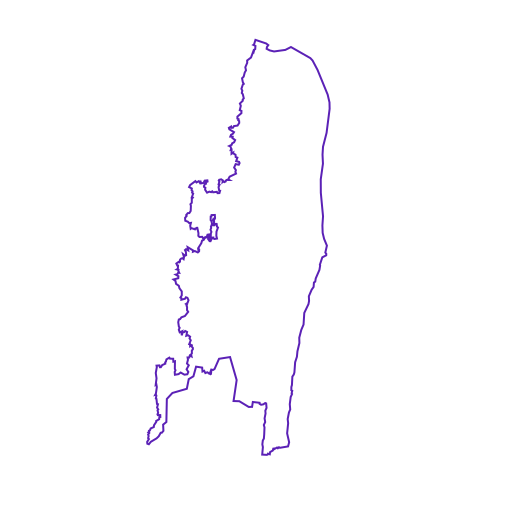 Bandarban, Chittagong, Bangladesh (Equal Earth projection), rotated 16°
{"feature_id": "16705992B23463827258150", "entity_name": "Bandarban", "entity_type": "district", "adm_level": 2, "iso_a3": "BGD", "parent_name": "Bangladesh", "parent_adm1": "Chittagong", "projection": "equal_earth", "projection_center": [92.198, 21.77], "detail": "fine", "context": "isolated", "style": "outline", "palette": "violet", "viewbox_px": 512, "rotation_deg": 16, "n_neighbors": 0, "source": "geoboundaries", "source_scale": "gbopen_adm2", "svg_char_len": 6130}
<svg xmlns="http://www.w3.org/2000/svg" viewBox="0 0 512 512"><g transform="rotate(16 256 256)"><path d="M321.3,226.5L316.7,220.7L313.7,215.4L311.4,208.3L309.5,199.4L300.9,177.4L297.1,164.4L294.9,148.8L292.0,140.2L290.3,132.5L289.9,118.2L286.2,94.2L284.3,88.1L280.4,81.1L263.9,60.2L256.5,52.5L253.7,50.8L232.0,45.5L227.4,49.8L217.0,54.4L212.6,54.6L209.1,53.9L208.9,52.1L209.7,49.9L207.2,48.9L195.9,48.4L195.8,53.2L195.3,53.8L197.3,54.1L197.4,53.5L198.2,57.3L197.5,58.1L197.5,60.3L197.0,59.8L196.5,66.6L193.6,70.5L194.3,72.7L193.7,77.5L195.2,80.3L194.6,82.6L194.7,87.0L193.6,89.0L195.4,92.5L196.8,93.9L196.1,94.7L195.9,99.3L197.3,100.9L197.4,103.2L198.7,104.1L200.8,107.8L200.1,109.3L200.5,110.4L198.5,113.9L200.0,115.8L200.2,120.3L202.0,120.5L202.6,122.7L199.7,127.1L200.2,129.0L201.6,129.3L201.5,130.4L202.6,130.9L203.2,132.7L202.3,135.7L199.0,137.2L198.5,139.0L197.0,139.6L196.4,138.4L194.6,140.3L195.5,141.6L200.7,143.0L200.2,144.7L198.6,146.4L198.4,148.3L200.7,147.8L200.8,149.1L204.0,150.3L203.6,152.7L202.0,154.3L202.0,155.8L200.0,157.6L201.3,157.8L202.6,159.7L202.5,160.9L203.2,160.5L204.3,164.5L205.6,162.9L205.7,163.6L208.4,164.3L209.2,166.5L211.0,166.6L210.8,170.3L213.8,170.2L214.6,171.2L214.3,173.0L211.1,173.3L210.6,177.0L213.0,179.0L213.0,180.8L214.1,182.3L208.8,187.0L208.1,190.0L209.3,190.3L206.8,191.0L206.1,192.0L206.3,192.7L205.2,193.7L204.1,193.2L203.5,194.1L203.3,192.5L201.4,191.9L199.6,192.9L199.4,193.8L200.3,194.6L200.3,197.5L201.3,197.5L201.0,200.1L202.7,203.5L203.5,203.3L203.5,205.6L201.7,206.2L200.7,205.1L197.2,206.6L196.1,205.9L195.3,207.0L193.4,207.0L191.5,208.6L188.8,206.3L188.5,204.3L187.1,204.0L186.7,203.2L187.0,200.9L188.0,200.3L187.4,199.0L188.9,197.8L188.4,196.7L185.9,197.7L185.4,200.2L183.3,201.3L182.4,200.0L182.0,201.2L180.4,199.8L178.5,201.7L177.1,200.7L173.1,206.0L172.7,208.2L175.7,208.8L175.9,210.5L177.2,211.3L177.1,212.7L178.4,213.3L178.1,217.5L179.1,217.4L178.6,219.0L179.6,222.5L178.7,224.3L179.6,225.7L180.8,230.7L180.1,233.1L178.6,233.6L177.6,235.9L178.3,236.6L177.3,238.9L178.3,241.6L181.0,241.8L182.8,242.8L184.3,242.1L184.4,245.0L185.7,247.8L186.3,247.0L190.0,247.2L190.1,246.3L191.2,246.1L191.2,245.3L191.8,245.1L194.4,249.9L195.0,252.5L196.4,253.3L199.0,252.4L201.0,254.3L201.5,252.3L203.4,251.0L203.5,248.9L204.9,248.2L205.6,249.0L205.6,252.7L207.6,253.7L207.7,252.0L206.4,246.8L206.5,245.1L205.0,243.3L205.2,241.4L204.6,240.3L204.9,237.4L203.7,234.9L202.5,234.0L201.6,230.6L202.2,230.3L202.0,228.9L205.1,227.9L206.2,230.9L205.8,233.3L204.8,232.4L204.7,233.1L206.3,234.6L206.7,238.2L207.6,237.9L208.1,236.3L209.3,236.0L210.4,238.5L211.6,239.1L211.3,243.5L212.3,247.5L213.7,250.0L211.4,251.1L210.2,250.9L209.9,250.0L208.8,250.4L208.2,254.3L207.3,254.5L205.2,252.8L205.2,249.0L204.0,249.0L203.7,251.4L201.8,252.8L201.3,254.9L199.9,256.1L199.9,258.8L198.5,263.6L198.8,264.4L198.3,264.7L198.9,266.1L199.7,265.9L200.0,267.2L199.1,268.6L195.8,268.1L194.2,269.3L194.0,268.0L187.8,266.3L189.3,269.3L186.9,268.7L186.1,269.9L187.5,271.4L188.6,274.5L187.8,275.2L185.4,274.3L187.1,276.9L187.3,279.0L185.8,278.4L184.6,279.3L184.0,280.5L184.5,282.4L184.0,283.2L183.3,282.9L181.5,285.2L183.0,286.9L183.7,286.7L184.4,289.8L183.6,290.7L185.3,290.6L185.4,291.6L186.8,293.3L185.8,293.4L185.5,295.1L184.0,296.0L187.0,296.8L187.4,298.8L183.2,301.3L185.5,302.2L186.8,304.8L190.0,305.9L191.3,308.1L194.4,310.5L195.5,314.3L194.8,316.8L196.0,317.2L196.3,318.6L199.5,316.7L200.0,315.0L201.6,315.1L203.3,317.1L203.1,320.0L201.9,321.4L203.1,321.9L202.9,322.9L203.8,324.0L204.6,327.0L206.2,328.4L204.2,333.3L201.2,335.5L200.4,337.6L199.3,338.3L199.5,341.1L201.3,345.1L202.4,346.1L202.1,348.1L203.7,350.4L205.7,348.7L205.6,350.4L206.5,352.7L206.6,349.4L208.0,348.9L208.6,347.6L210.7,348.0L211.0,351.9L212.5,350.9L214.9,351.7L214.8,353.5L216.5,355.0L216.1,359.1L216.9,359.0L217.5,360.7L218.3,359.4L219.0,359.5L219.0,360.7L220.6,361.7L221.0,362.9L220.4,364.7L221.2,367.3L220.7,368.5L221.7,370.3L219.8,369.9L219.8,372.0L218.2,372.4L219.2,374.5L219.3,378.4L221.5,379.6L220.5,384.0L222.9,386.1L222.6,388.6L219.9,389.8L215.7,388.8L214.1,390.9L210.8,392.5L209.8,389.9L210.1,388.0L209.1,386.9L207.1,379.5L205.7,380.4L204.7,377.6L201.6,378.4L200.7,377.6L198.4,380.1L198.5,382.4L198.0,383.3L198.5,384.5L195.9,386.7L195.2,389.1L194.3,389.4L193.3,387.8L190.6,388.8L191.3,390.2L191.9,396.1L194.1,401.0L195.1,407.5L195.6,406.9L196.8,409.3L197.7,415.8L197.4,417.2L198.0,416.8L198.7,417.6L199.0,420.6L199.7,420.8L201.6,425.5L202.6,425.5L202.7,429.0L204.3,430.4L203.9,431.5L205.2,433.8L204.9,435.3L205.5,436.0L207.8,435.3L208.4,437.1L207.5,437.5L207.9,439.6L205.5,442.1L205.8,443.0L204.6,446.8L204.9,448.6L202.3,450.8L202.1,452.6L201.3,453.5L201.9,454.5L201.1,455.3L202.1,455.9L201.5,457.4L202.4,458.6L202.5,460.8L203.5,461.5L202.6,464.7L203.3,466.4L204.9,466.5L206.1,463.6L210.7,458.7L212.2,456.1L213.1,452.2L214.2,451.8L215.2,449.6L213.2,443.7L215.6,440.3L209.7,418.0L213.4,410.7L226.1,402.7L225.3,392.9L229.0,388.9L228.9,378.9L235.0,378.1L236.4,381.8L237.8,380.6L239.6,382.5L241.2,381.2L244.8,382.2L245.2,381.8L244.8,379.4L244.1,380.3L244.3,377.5L246.1,377.4L247.3,376.1L248.8,365.0L258.9,360.3L271.6,380.6L274.4,401.6L280.0,400.2L290.6,403.1L293.8,402.1L293.2,397.2L299.9,396.1L300.2,397.1L301.9,397.6L303.9,396.6L305.4,394.8L306.4,394.9L308.0,399.1L307.6,402.1L308.6,404.8L309.0,409.7L310.6,413.1L310.1,416.3L311.4,418.4L313.1,425.4L313.9,429.4L313.4,431.4L314.0,435.3L315.3,437.8L316.7,445.2L321.1,444.2L321.9,443.7L322.0,442.7L323.9,442.8L323.6,440.6L325.8,438.3L325.7,436.4L326.4,436.1L326.6,436.8L329.0,434.3L330.0,434.8L330.8,433.5L331.8,433.8L339.3,430.2L339.2,425.9L334.8,417.9L333.0,407.9L331.4,404.0L330.8,397.3L331.2,394.1L329.3,389.1L328.2,381.9L328.7,378.7L328.1,378.2L328.0,375.6L327.0,375.4L326.1,372.2L326.1,370.1L324.2,361.9L325.0,359.5L325.0,357.3L322.9,347.3L323.1,341.6L322.1,336.2L321.7,327.7L320.1,322.6L319.9,314.5L320.6,308.8L318.1,297.4L319.7,287.8L319.4,284.6L317.9,280.1L318.8,273.0L319.9,269.9L319.0,265.5L320.0,264.3L319.6,261.1L320.8,251.9L320.3,247.5L319.8,246.9L320.1,239.0L323.3,236.0L323.0,234.6L321.7,233.6L321.3,226.5Z" fill="none" stroke="#5b21b6" stroke-width="2"/></g></svg>